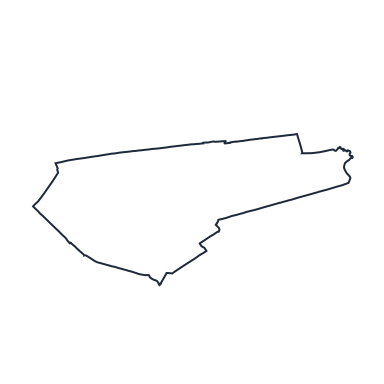 Marsa, Giurgiu, Romania (Natural Earth projection), rotated 25°
{"feature_id": "2599482B58006673270206", "entity_name": "Marsa", "entity_type": "district", "adm_level": 2, "iso_a3": "ROU", "parent_name": "Romania", "parent_adm1": "Giurgiu", "projection": "natural_earth1", "projection_center": [25.561, 44.365], "detail": "fine", "context": "isolated", "style": "outline", "palette": "slate", "viewbox_px": 384, "rotation_deg": 25, "n_neighbors": 0, "source": "geoboundaries", "source_scale": "gbopen_adm2", "svg_char_len": 5757}
<svg xmlns="http://www.w3.org/2000/svg" viewBox="0 0 384 384"><g transform="rotate(25 192 192)"><path d="M201.9,290.1L202.0,289.9L202.1,289.3L202.4,288.6L202.5,288.1L202.4,288.0L202.2,287.9L202.5,285.3L203.0,279.0L203.2,276.1L206.3,274.9L208.6,274.1L209.5,272.3L213.7,265.4L216.3,261.2L221.9,252.4L224.0,248.9L225.2,246.6L226.7,244.4L227.4,243.4L229.6,240.0L230.0,239.3L226.9,237.4L226.3,237.3L224.7,237.3L223.3,237.0L221.8,236.1L220.7,235.3L223.8,230.4L226.2,226.3L226.8,225.5L226.8,225.3L226.9,225.1L227.2,224.6L227.8,223.9L228.4,222.8L229.2,221.8L229.5,221.4L229.9,220.6L230.4,219.8L230.7,219.3L231.3,218.3L232.0,217.3L232.2,217.2L232.7,216.9L233.0,216.7L233.0,216.1L232.9,215.6L232.9,215.4L232.9,214.7L232.6,214.2L232.2,213.8L231.8,213.4L231.6,213.2L229.3,212.4L227.6,211.8L227.4,211.7L227.4,211.3L227.5,211.0L227.8,210.6L227.9,210.3L227.7,210.2L227.6,209.8L228.0,208.1L227.8,206.6L227.7,206.1L228.3,205.5L229.9,204.3L232.2,202.5L234.9,200.2L235.5,199.5L236.6,198.5L237.8,197.3L238.7,196.5L240.4,195.2L240.7,195.0L242.3,193.7L244.7,191.6L245.2,191.2L248.5,188.4L249.4,187.4L252.2,185.1L255.0,182.9L256.5,181.7L259.6,179.0L261.6,177.2L266.4,173.0L268.4,171.4L268.9,170.9L275.6,165.1L277.4,163.7L279.6,161.7L280.8,160.8L283.4,158.5L285.8,156.6L287.8,154.8L290.4,152.4L296.4,147.3L298.6,145.4L299.6,144.6L302.0,142.5L304.1,140.7L306.0,139.1L307.0,138.1L313.6,132.6L315.6,130.8L322.0,125.1L324.9,122.7L330.0,117.6L329.7,112.5L328.6,111.3L324.1,109.5L320.3,106.7L319.1,104.9L318.5,101.8L318.6,100.6L319.4,99.1L319.6,98.5L319.9,97.8L320.4,97.3L320.7,96.8L320.9,96.3L321.0,95.9L321.2,95.3L321.3,94.8L321.4,94.4L321.6,94.2L321.9,94.0L322.6,93.7L322.9,93.4L323.0,93.0L323.0,92.6L322.9,92.4L322.2,91.8L321.9,91.7L321.6,91.8L320.8,92.2L320.5,92.3L320.1,92.2L319.7,92.0L319.3,91.9L319.1,91.7L319.0,91.4L319.0,91.1L318.8,90.5L318.7,90.3L318.8,89.9L319.0,89.5L318.9,89.2L318.7,88.9L318.3,88.6L317.9,88.3L317.4,88.3L317.1,88.3L316.7,88.3L316.2,88.4L315.7,88.4L315.5,88.5L315.6,89.0L315.5,89.5L315.3,89.8L315.1,89.8L314.8,89.8L314.2,89.6L313.7,89.4L313.3,89.4L313.1,89.4L312.3,90.0L312.2,90.5L311.9,90.6L311.6,90.5L311.5,90.4L311.5,90.2L311.7,89.8L311.7,89.3L311.6,89.1L311.1,88.9L310.8,88.9L310.5,89.1L310.3,89.4L310.2,89.7L309.5,89.8L309.1,89.8L308.7,89.7L308.0,89.5L307.9,89.4L308.0,89.0L307.9,88.9L307.6,88.6L307.3,88.6L307.1,88.7L307.0,88.9L307.1,89.3L307.0,89.6L306.9,89.8L305.9,90.1L306.0,90.9L305.9,91.1L305.2,93.5L304.9,93.9L304.6,94.1L304.4,94.1L303.6,94.1L302.4,93.8L302.0,93.9L301.8,93.9L301.6,94.0L301.1,94.3L298.9,96.0L297.8,96.8L295.6,98.5L293.6,100.0L291.8,101.3L290.7,102.1L284.6,105.9L283.5,106.5L282.7,106.9L275.4,110.4L275.5,109.9L275.0,109.2L274.3,108.4L273.4,107.3L268.7,101.8L265.3,98.1L262.7,95.1L259.3,97.4L258.2,98.0L257.2,98.7L256.4,99.1L254.3,100.4L253.5,100.9L251.3,102.3L250.8,102.6L245.3,106.0L243.4,107.1L242.1,107.9L241.0,108.6L240.2,109.1L239.2,109.7L238.9,109.9L237.1,111.1L235.8,111.9L234.8,112.4L233.1,113.5L232.5,113.9L232.5,114.0L232.2,114.0L231.5,114.5L230.4,115.2L229.8,115.6L229.2,116.0L228.6,116.4L227.8,116.9L227.4,117.1L226.3,117.8L225.2,118.5L224.1,119.2L223.0,119.8L222.5,120.1L221.5,120.8L221.2,121.1L220.1,121.8L218.6,122.7L217.0,123.9L216.3,124.3L215.3,124.8L215.0,125.1L213.8,125.8L211.5,127.3L211.0,127.5L210.9,127.6L210.8,127.8L210.1,127.9L207.6,129.6L205.8,130.8L205.8,131.4L205.7,131.5L205.3,131.6L205.0,131.7L203.9,132.4L203.4,132.8L203.2,133.0L202.8,133.2L201.2,134.1L200.8,133.9L200.7,133.6L200.7,133.3L200.7,132.9L200.7,132.6L200.9,132.2L201.0,131.8L200.9,131.7L198.6,132.9L191.7,136.8L190.6,136.9L188.9,137.9L186.4,139.8L185.5,140.4L184.0,141.2L183.0,141.6L181.3,142.7L181.6,143.2L181.3,143.3L179.4,144.5L177.8,145.5L176.2,146.3L173.6,147.9L172.9,148.3L172.4,148.5L171.7,148.8L169.0,150.5L165.7,152.5L162.7,154.4L152.8,160.5L150.5,162.1L145.1,165.5L141.0,168.0L138.4,169.4L135.0,171.6L131.5,173.7L128.6,175.5L127.7,176.1L126.8,176.5L123.7,178.5L121.4,179.8L120.6,180.3L119.3,181.1L117.6,182.2L112.9,185.0L110.4,186.5L105.7,189.7L103.2,191.1L93.8,197.5L91.4,199.2L89.8,200.2L87.3,201.8L85.1,203.3L80.2,206.6L77.6,208.3L76.8,208.8L73.3,211.0L71.9,212.0L71.0,212.6L70.1,213.2L69.8,213.4L67.9,214.7L66.6,215.6L60.2,220.6L56.2,223.6L60.3,227.4L60.4,228.7L62.5,231.1L61.2,240.6L60.3,245.7L58.7,254.8L58.7,255.3L58.6,255.8L58.4,256.3L57.7,260.2L56.9,263.6L56.7,264.7L56.3,266.1L55.0,269.1L54.0,272.2L54.7,272.5L60.4,274.4L61.3,274.7L61.6,274.9L62.0,275.1L62.3,275.2L62.5,275.4L62.7,275.5L67.7,277.0L78.0,280.6L79.7,281.2L89.2,284.4L89.5,284.5L89.9,284.8L90.9,285.0L91.8,285.4L94.4,286.3L95.1,286.5L95.9,286.7L96.3,286.9L97.6,287.4L97.8,287.5L98.9,288.3L100.7,289.2L101.7,289.5L102.2,289.8L102.8,290.2L103.0,290.2L103.4,289.5L103.5,289.2L103.8,289.2L104.1,289.4L104.2,289.5L106.8,290.3L108.5,290.7L109.1,290.9L109.4,290.9L110.1,291.3L111.2,291.7L115.2,293.0L117.0,293.5L117.5,293.6L119.0,294.1L119.8,294.3L120.5,294.6L120.8,294.7L121.0,294.8L121.1,295.1L121.4,294.9L121.7,294.7L122.5,294.4L123.0,294.4L123.6,294.4L124.2,294.4L133.3,295.7L134.6,295.7L135.7,295.7L136.6,295.6L137.5,295.4L150.6,293.2L151.5,293.0L151.7,292.9L152.5,292.8L154.0,292.4L155.7,292.2L158.9,291.7L160.3,291.5L165.9,290.5L166.9,290.4L171.9,289.5L173.4,289.4L175.1,289.1L177.0,289.0L178.3,288.8L179.1,288.7L181.4,288.1L182.8,287.7L184.1,287.3L185.3,286.9L186.8,286.1L187.4,285.9L187.7,285.8L187.9,285.6L188.1,285.7L188.4,285.9L189.0,286.2L189.2,286.5L189.4,286.7L189.7,287.0L190.0,287.1L190.5,287.3L191.1,287.3L191.4,287.4L191.5,287.5L191.8,287.5L192.3,287.6L193.8,287.7L195.1,287.6L195.8,287.6L196.4,287.4L196.6,287.4L197.1,287.4L197.3,287.4L197.6,287.5L197.9,287.5L198.2,287.6L199.0,288.0L199.4,288.3L200.4,289.0L200.7,289.4L200.9,289.4L201.0,289.3L201.2,289.5L201.4,289.8L201.9,290.1Z" fill="none" stroke="#1e293b" stroke-width="2"/></g></svg>